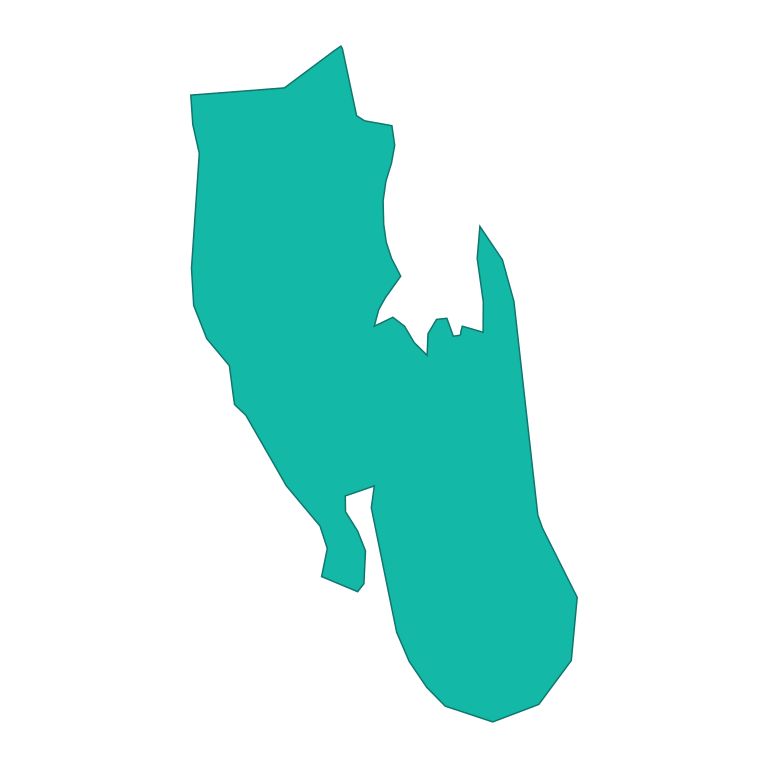 the Region of Zanzibar South and Central
{"feature_id": "TZA-3337", "entity_name": "Zanzibar South and Central", "entity_type": "Region", "adm_level": 1, "iso_a3": "TZA", "parent_name": "United Republic of Tanzania", "parent_adm1": "", "projection": "robinson", "projection_center": [39.422, -6.232], "detail": "fine", "context": "isolated", "style": "filled", "palette": "teal", "viewbox_px": 768, "rotation_deg": 0, "n_neighbors": 0, "source": "natural_earth", "source_scale": "10m", "svg_char_len": 965}
<svg xmlns="http://www.w3.org/2000/svg" viewBox="0 0 768 768"><path d="M341.0,46.1L342.4,48.7L356.6,115.7L364.5,120.8L391.9,125.7L394.7,145.3L391.5,163.1L385.9,181.2L383.1,201.0L383.7,224.3L386.2,242.0L391.5,258.3L400.7,276.2L385.3,297.8L378.7,309.7L374.3,326.2L392.9,317.3L404.5,326.2L414.2,342.6L427.1,355.3L428.0,333.7L436.5,319.4L446.9,318.3L453.3,336.2L459.2,335.4L460.8,334.4L460.8,331.9L462.3,326.2L483.1,332.3L483.3,301.8L477.2,258.4L479.9,226.4L502.4,259.8L513.9,301.3L537.8,515.0L542.5,528.2L577.2,597.4L571.3,660.5L538.8,704.4L492.7,721.9L445.3,706.2L426.7,687.3L409.3,661.6L396.7,632.4L371.3,507.8L374.3,485.9L345.3,495.9L345.5,511.7L357.6,531.0L365.5,550.9L363.9,583.7L357.6,591.7L321.6,576.6L327.3,548.5L320.0,526.0L286.4,485.9L245.9,415.3L234.6,404.6L233.3,395.8L229.4,365.7L206.8,338.7L193.7,305.5L191.5,268.2L199.3,153.5L192.8,124.6L190.8,95.1L284.4,87.9L333.7,51.1L340.9,46.1L341.0,46.1Z" fill="#14b8a6" stroke="#0f766e" stroke-width="1.5"/></svg>